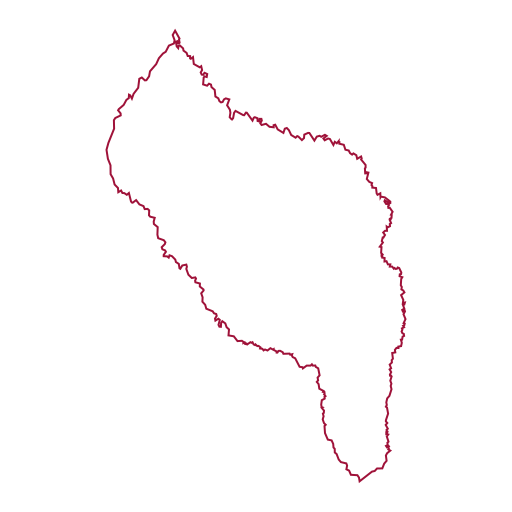 Querência, Mato Grosso, Brazil
{"feature_id": "56859067B43920904563535", "entity_name": "Querência", "entity_type": "district", "adm_level": 2, "iso_a3": "BRA", "parent_name": "Brazil", "parent_adm1": "Mato Grosso", "projection": "natural_earth1", "projection_center": [-52.69, -12.226], "detail": "fine", "context": "isolated", "style": "outline", "palette": "rose", "viewbox_px": 512, "rotation_deg": 0, "n_neighbors": 0, "source": "geoboundaries", "source_scale": "gbopen_adm2", "svg_char_len": 6063}
<svg xmlns="http://www.w3.org/2000/svg" viewBox="0 0 512 512"><path d="M365.6,167.6L365.6,165.0L361.1,159.5L361.7,158.4L361.1,156.5L357.2,158.8L356.3,155.2L353.4,153.4L352.1,154.6L350.1,153.2L348.7,150.5L345.4,149.7L343.8,144.8L339.3,143.7L339.4,142.1L338.4,142.0L338.5,141.3L336.8,143.3L334.8,141.8L333.4,145.0L329.9,139.0L328.1,138.5L324.7,140.3L323.4,138.5L326.7,135.9L324.9,134.8L321.2,136.8L319.6,135.8L316.8,136.6L314.4,140.6L309.4,133.0L308.1,132.9L304.3,134.6L304.0,138.1L301.9,140.1L298.4,136.6L297.2,136.1L295.6,137.7L291.2,135.0L288.9,130.2L286.8,128.0L284.8,128.7L283.4,132.9L277.7,129.4L275.2,124.7L273.6,125.2L273.7,127.3L269.5,126.8L266.0,123.8L261.6,125.0L260.3,123.3L261.8,120.5L261.4,118.9L259.6,118.9L259.4,121.5L257.6,121.0L257.4,118.2L254.8,117.2L253.8,117.7L252.5,120.6L246.8,112.7L245.9,112.6L244.2,115.2L243.2,115.1L235.5,110.9L234.1,112.8L233.1,118.2L232.0,119.5L231.2,118.9L229.7,117.2L230.4,112.8L229.9,109.7L227.1,105.3L229.3,99.4L225.8,98.4L224.0,99.4L222.6,102.0L221.0,102.4L219.4,101.1L218.3,98.3L215.4,96.5L214.7,89.9L211.5,87.1L211.0,84.6L209.0,83.7L207.1,85.7L203.1,84.4L203.7,77.5L204.6,76.4L206.7,77.0L207.2,74.0L204.5,72.8L203.2,74.8L201.7,74.6L200.7,72.4L202.1,70.1L201.2,66.2L199.7,67.3L193.8,64.0L193.0,57.1L190.8,58.8L190.1,58.4L190.1,56.1L187.7,56.0L186.6,52.9L183.5,50.6L183.1,48.4L179.9,45.5L178.6,45.8L178.2,48.1L176.7,46.4L175.9,41.8L177.3,41.2L178.1,43.3L179.0,43.4L179.6,42.7L179.0,39.4L179.5,38.6L175.1,30.7L172.7,35.0L174.6,40.2L173.9,43.5L168.9,45.6L165.7,51.8L163.0,53.5L158.9,58.2L156.2,64.1L150.0,71.3L149.1,76.3L146.4,80.2L144.9,80.4L141.8,77.5L139.3,78.8L138.2,87.8L133.6,93.8L131.9,98.6L130.2,95.3L129.0,94.7L128.8,98.1L126.4,99.9L123.7,104.9L118.8,109.1L118.1,110.3L120.6,113.4L120.7,115.4L115.3,118.0L113.9,120.2L114.1,128.7L108.4,142.9L106.5,149.8L107.9,158.8L110.5,165.3L110.6,174.2L113.1,178.5L114.6,184.5L118.0,188.0L118.3,192.2L121.1,190.5L122.4,193.0L124.3,193.1L126.8,194.8L128.9,193.0L131.0,201.4L131.8,202.5L132.7,202.7L136.1,200.1L139.4,204.4L143.5,206.1L144.7,209.1L147.6,208.9L149.2,210.4L149.0,215.3L150.2,216.7L154.7,217.8L153.7,221.6L153.9,224.0L157.7,227.1L157.4,234.7L158.2,238.2L163.8,240.2L165.4,242.3L164.8,244.1L161.7,247.2L162.4,249.3L165.1,250.4L165.9,251.8L163.7,254.9L163.7,256.2L167.2,256.4L168.7,257.6L169.5,255.3L172.0,256.2L175.3,259.6L175.9,262.0L178.8,263.9L179.5,268.3L180.3,268.8L182.3,265.5L186.3,264.6L186.9,266.7L186.3,268.9L188.4,274.7L191.8,278.0L195.3,277.4L196.0,278.6L195.1,280.7L195.4,282.3L199.9,283.5L199.8,286.5L203.5,289.5L203.6,290.5L201.2,293.3L202.6,297.3L202.4,301.7L205.2,304.8L206.3,308.7L212.7,311.3L214.0,313.3L216.2,314.0L216.7,315.9L215.0,318.6L215.4,320.6L218.4,318.7L219.8,319.9L218.5,324.8L219.4,326.7L220.9,326.8L221.1,323.1L222.3,321.2L225.3,323.4L226.6,327.2L229.0,329.4L228.5,335.4L233.8,336.3L237.5,341.1L241.9,340.8L243.5,341.9L243.4,343.0L244.6,342.4L245.0,343.9L246.7,344.3L246.6,343.6L247.7,344.1L250.4,342.2L251.4,342.8L252.5,342.2L253.6,344.4L255.0,345.1L255.5,344.4L257.3,346.1L258.5,345.9L260.5,347.4L260.1,348.5L262.4,348.8L263.6,350.4L265.0,349.5L267.5,350.5L270.4,348.2L273.0,349.6L273.7,349.1L273.8,350.0L276.5,351.4L276.6,352.6L277.4,352.6L278.5,350.9L280.1,350.8L282.7,352.2L283.4,353.8L289.6,353.6L290.2,354.7L292.2,354.2L291.8,355.4L292.7,357.1L295.2,358.3L299.6,366.8L302.5,367.2L302.9,368.4L306.7,365.6L310.6,365.6L311.9,364.3L312.8,365.6L315.3,365.5L315.8,366.9L318.2,368.3L319.6,375.3L317.6,377.6L318.1,380.4L316.8,381.9L318.6,384.1L319.3,388.7L323.6,391.0L323.1,391.9L324.4,392.0L324.6,393.8L324.1,394.3L325.5,396.1L324.5,396.8L324.7,398.6L321.8,400.2L321.2,404.6L321.6,407.1L322.4,407.4L321.7,407.8L324.0,410.6L323.8,412.9L322.9,413.6L323.6,416.3L322.7,419.3L324.0,423.1L325.7,424.8L324.5,426.0L325.0,433.1L327.8,439.6L331.6,440.4L333.2,443.9L333.5,447.5L334.7,448.8L334.8,452.5L336.6,454.0L338.7,459.5L340.9,462.1L346.3,463.4L347.1,465.5L346.4,469.3L349.1,470.6L350.9,474.8L357.4,475.2L359.0,477.6L359.6,481.3L372.0,471.6L374.7,471.0L377.0,468.5L382.3,468.4L384.2,463.6L386.6,460.8L385.9,455.5L387.1,453.2L390.3,450.6L388.3,449.4L388.8,448.5L388.1,447.5L389.0,446.4L388.4,445.8L386.9,447.2L386.0,445.9L387.7,445.0L387.4,442.7L388.5,441.7L386.8,436.5L388.2,434.5L386.7,434.1L387.0,433.1L386.3,433.6L386.3,432.0L387.3,431.6L386.5,430.0L387.8,428.7L385.7,424.9L387.3,423.0L385.9,421.4L385.9,420.3L388.1,413.6L387.0,407.6L385.9,406.7L386.8,405.0L386.3,402.4L387.2,398.4L389.4,395.9L391.5,389.2L390.7,385.9L391.4,383.7L390.3,380.7L391.6,376.4L390.6,375.2L390.2,376.5L389.9,374.6L391.2,372.1L389.6,369.4L391.1,368.3L389.7,364.6L391.9,362.5L391.7,360.2L392.9,358.7L392.2,353.0L395.3,352.4L394.9,349.9L396.5,347.9L398.4,348.0L398.3,346.6L401.1,346.1L401.8,342.8L400.9,339.7L402.1,339.6L402.6,336.6L404.1,335.9L403.8,333.9L402.4,333.2L401.6,331.5L402.4,329.7L401.9,328.4L404.1,327.2L403.1,325.8L404.3,325.2L404.7,323.6L403.6,323.2L405.5,319.1L403.5,314.2L405.0,311.4L404.7,310.5L402.9,311.5L402.2,309.9L404.3,308.6L402.9,304.8L404.3,304.5L404.9,302.5L402.9,302.9L403.3,299.9L401.1,295.1L404.4,292.4L403.3,290.5L401.4,289.4L401.8,287.0L400.8,285.3L401.2,279.0L402.3,277.2L399.6,276.2L399.8,274.3L401.1,274.0L401.3,272.5L399.2,268.1L397.7,267.5L397.1,268.6L395.8,269.0L394.5,268.0L393.8,268.7L392.2,266.6L389.8,266.6L390.3,264.4L387.9,264.4L386.5,261.2L384.5,261.5L384.6,258.0L382.2,257.6L382.3,256.0L381.6,256.1L381.5,255.0L382.5,254.4L381.1,252.9L381.5,247.1L379.8,246.7L382.9,242.5L381.8,241.1L382.7,237.5L383.4,237.6L385.0,235.0L383.2,232.5L385.0,230.8L387.0,230.8L386.7,226.5L387.8,227.3L390.0,226.2L389.8,224.0L391.1,223.1L389.7,219.9L390.5,219.5L390.0,218.7L391.5,217.9L391.7,215.0L391.0,214.8L392.6,211.8L389.7,207.7L388.4,207.9L388.1,206.3L389.0,205.0L387.7,203.9L386.1,204.0L384.4,201.4L384.8,200.3L389.4,203.2L390.3,203.0L390.3,201.6L384.9,197.4L380.9,196.6L380.5,197.3L380.3,193.3L377.5,194.8L376.7,193.5L376.0,188.0L372.3,187.6L372.4,186.2L371.5,185.1L372.1,183.1L369.3,181.9L366.8,179.0L368.4,172.6L366.9,172.3L366.8,173.3L365.2,173.4L364.9,168.4L365.6,167.6Z" fill="none" stroke="#9f1239" stroke-width="2"/></svg>